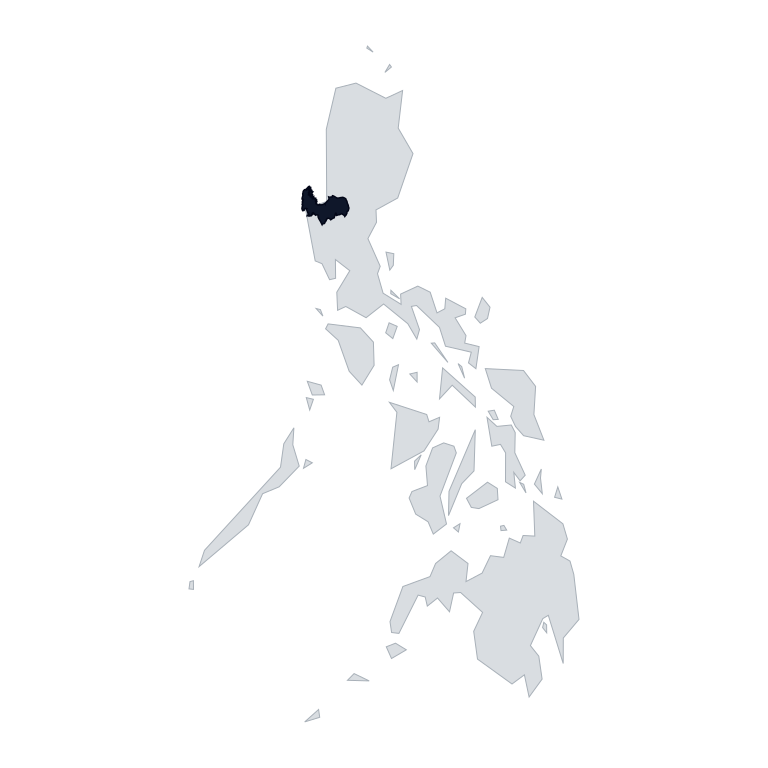 location of Pangasinan, Dagupan, Philippines
{"feature_id": "2640588B43628149657030", "entity_name": "Pangasinan", "entity_type": "district", "adm_level": 2, "iso_a3": "PHL", "parent_name": "Philippines", "parent_adm1": "Dagupan", "projection": "natural_earth1", "projection_center": [119.981, 16.031], "detail": "fine", "context": "in_parent", "style": "filled", "palette": "ink", "viewbox_px": 768, "rotation_deg": 0, "n_neighbors": 0, "source": "geoboundaries", "source_scale": "gbopen_adm2", "svg_char_len": 9353}
<svg xmlns="http://www.w3.org/2000/svg" viewBox="0 0 768 768"><path d="M356.0,83.1L385.8,98.3L402.6,90.5L398.2,128.1L413.0,153.6L397.7,198.0L376.0,209.9L376.5,222.3L367.9,238.6L380.2,266.3L377.5,273.7L383.1,293.2L401.1,304.4L400.6,294.1L417.8,286.1L430.2,292.2L437.0,312.9L444.8,308.8L445.7,298.2L465.8,308.8L465.4,314.2L455.1,317.8L466.0,335.6L464.7,343.1L479.1,346.6L475.9,368.7L468.5,362.9L471.3,352.2L445.5,346.2L439.5,327.4L416.5,305.5L411.4,306.4L419.5,329.6L416.8,339.1L407.8,323.7L383.6,304.0L366.1,317.7L345.8,306.5L337.6,310.3L336.8,292.2L349.8,270.7L335.4,259.5L335.6,278.3L329.6,279.7L322.0,263.7L315.2,260.9L302.8,194.7L305.1,191.3L318.3,204.4L326.7,201.5L326.3,129.3L335.9,88.2L356.0,83.1ZM533.5,501.2L562.9,523.8L567.4,539.1L560.8,555.9L570.0,561.1L573.8,574.4L579.0,619.4L563.3,638.0L563.2,663.5L548.3,615.3L542.8,618.6L530.4,645.6L538.8,656.2L542.1,679.1L529.1,697.0L524.4,674.8L512.0,684.0L477.5,659.1L473.7,631.3L482.6,612.4L460.6,592.5L453.6,593.0L449.5,611.8L437.5,598.0L427.3,606.1L425.2,597.0L418.1,595.1L398.9,633.4L391.6,632.5L390.0,621.6L402.9,586.5L430.0,576.6L435.6,563.5L451.1,550.8L468.0,563.5L466.0,581.6L482.1,573.1L490.5,555.7L503.7,557.4L509.3,538.1L520.3,543.0L523.1,535.5L534.8,536.1L533.5,501.2ZM446.5,524.0L433.3,534.1L428.1,521.8L415.7,514.1L409.1,498.0L412.0,491.5L427.5,485.6L425.9,466.0L432.6,447.9L443.7,442.9L453.9,446.2L456.3,452.9L440.0,496.1L446.5,524.0ZM523.5,370.5L535.6,386.4L533.9,414.6L543.9,440.2L523.6,435.7L515.5,426.5L510.7,416.3L513.8,406.5L491.5,388.2L485.3,368.6L523.5,370.5ZM389.4,402.3L426.7,414.5L429.0,421.8L439.6,417.3L438.1,429.1L424.0,450.9L391.0,468.8L396.9,412.3L389.4,402.3ZM248.5,524.8L199.1,566.6L204.5,550.3L280.5,467.2L283.8,443.8L293.9,427.8L292.8,444.8L299.2,466.1L279.2,486.8L262.6,493.7L248.5,524.8ZM328.1,323.9L360.4,327.9L373.4,342.1L374.1,365.3L361.9,385.1L349.2,371.3L338.2,340.3L325.6,328.8L328.1,323.9ZM496.9,426.4L511.3,425.0L515.2,432.6L514.8,452.7L525.2,475.2L520.1,480.8L513.8,472.4L515.4,488.1L505.5,481.8L505.6,452.9L500.5,444.4L491.8,446.2L487.0,417.3L496.9,426.4ZM448.5,515.6L449.0,491.3L475.3,429.7L474.0,470.9L461.7,483.7L448.5,515.6ZM498.0,499.7L478.9,508.6L471.3,507.4L466.5,498.3L487.5,482.2L497.3,488.4L498.0,499.7ZM442.6,367.9L475.2,397.0L475.4,407.1L452.2,385.2L439.5,398.9L442.6,367.9ZM487.5,318.5L480.3,323.2L474.8,317.0L482.2,297.4L490.0,307.2L487.5,318.5ZM406.3,649.8L391.5,658.5L386.3,646.8L395.5,643.2L406.3,649.8ZM307.3,381.3L321.1,385.1L324.6,394.8L312.3,395.0L307.3,381.3ZM389.1,322.8L397.2,326.4L392.8,338.6L385.7,332.8L389.1,322.8ZM354.1,673.6L369.2,680.9L347.5,680.3L354.1,673.6ZM542.3,493.7L534.4,484.1L541.3,469.0L540.5,478.1L542.3,493.7ZM398.5,364.7L393.3,390.5L389.6,379.8L392.7,367.2L398.5,364.7ZM318.6,709.5L319.7,717.3L304.7,721.9L318.6,709.5ZM393.8,253.7L393.3,265.3L389.8,270.1L386.0,252.1L393.8,253.7ZM421.2,454.8L414.7,469.7L414.6,461.1L421.2,454.8ZM313.4,399.3L309.7,410.0L306.3,397.6L313.4,399.3ZM498.2,419.4L493.2,419.7L488.2,411.2L494.3,410.2L498.2,419.4ZM417.1,372.3L417.1,382.0L409.8,374.0L417.1,372.3ZM561.9,499.1L554.6,497.3L557.8,486.9L561.9,499.1ZM434.7,342.9L447.9,362.4L431.3,343.2L434.7,342.9ZM312.3,462.8L303.5,468.3L305.9,459.5L312.3,462.8ZM460.0,523.7L458.4,532.0L453.5,527.8L460.0,523.7ZM461.7,366.6L464.6,378.2L458.1,363.6L461.7,366.6ZM193.5,589.4L189.0,588.9L190.0,581.6L193.4,580.7L193.5,589.4ZM506.7,530.1L501.0,530.6L500.5,526.2L503.9,525.4L506.7,530.1ZM546.7,632.8L542.6,627.6L543.8,622.3L546.6,624.9L546.7,632.8ZM320.4,309.6L322.9,316.1L316.1,308.5L320.4,309.6ZM523.7,484.3L526.0,492.9L519.7,482.4L523.7,484.3ZM391.4,67.0L384.9,72.4L389.6,64.5L391.4,67.0ZM399.6,298.8L390.8,293.7L390.9,290.3L399.6,298.8ZM367.5,46.1L373.1,52.1L366.8,48.1L367.5,46.1Z" fill="#d9dde1" stroke="#a8b0b8" stroke-width="1"/><path d="M332.5,195.7L332.2,196.4L332.3,196.9L329.1,197.2L328.7,197.0L329.0,198.6L328.8,199.3L328.2,200.3L327.1,201.4L326.9,201.5L326.5,202.2L325.3,203.1L325.2,203.8L325.1,203.6L325.1,203.4L323.1,204.4L321.2,204.9L320.3,204.8L319.7,204.6L319.6,204.4L319.0,204.6L318.7,205.0L317.6,204.9L316.5,204.1L316.4,203.7L316.1,203.8L315.8,203.6L315.9,202.9L316.2,202.7L316.4,203.2L316.5,203.0L316.2,202.6L316.2,202.4L315.9,202.4L315.7,202.2L315.5,201.2L315.7,200.8L316.0,201.0L316.1,200.9L316.1,200.7L316.1,200.8L315.9,200.3L315.5,200.1L315.4,199.8L315.6,200.0L315.8,199.8L315.8,200.0L316.0,200.0L316.2,200.3L316.4,199.8L316.0,199.8L316.0,199.5L315.4,199.0L315.4,198.8L315.1,199.0L314.8,199.0L314.7,198.7L314.9,198.4L314.5,198.5L314.0,198.4L314.0,198.2L313.8,198.3L313.9,197.9L313.8,197.7L313.7,197.6L313.8,197.7L313.7,198.0L313.5,197.9L313.3,198.0L313.6,197.7L313.7,197.8L313.7,197.5L313.5,197.8L313.5,197.7L313.1,197.8L313.1,197.6L313.1,198.5L312.7,198.6L312.8,198.7L312.4,198.7L312.4,198.2L312.0,197.7L312.2,197.8L312.0,197.5L311.8,197.5L311.6,197.2L311.2,197.2L311.1,196.8L310.7,196.7L311.1,196.2L311.0,195.9L310.4,195.8L310.4,196.2L310.2,196.3L310.1,195.5L309.6,195.5L309.2,195.2L309.0,194.8L308.9,195.1L308.6,195.0L308.8,194.7L308.4,194.3L308.8,193.7L308.7,193.3L308.4,192.5L309.0,191.2L309.0,190.8L308.9,190.5L309.1,189.7L309.1,189.4L309.0,189.7L308.8,189.3L308.6,189.3L308.9,189.1L308.9,188.6L308.7,188.5L308.3,188.8L307.9,188.2L307.7,188.1L307.5,188.3L307.2,188.4L307.2,188.1L306.1,189.3L306.1,189.9L305.4,189.5L304.5,189.7L303.5,190.8L303.0,192.1L303.1,192.8L302.7,193.7L302.8,194.6L302.8,194.9L303.2,195.4L302.9,195.7L302.6,196.4L302.4,197.2L302.2,197.5L302.3,198.1L302.0,198.7L302.0,198.9L302.7,198.9L302.7,199.8L302.9,200.0L302.9,200.5L303.1,200.4L302.8,201.2L302.7,201.3L302.5,201.1L302.4,201.4L302.3,201.9L302.7,202.7L302.4,202.9L302.5,203.4L302.1,204.3L302.2,204.8L302.7,205.0L302.8,205.6L302.4,206.2L302.2,206.9L302.4,207.3L301.9,208.0L301.9,208.4L302.2,209.3L302.4,209.6L302.5,209.8L302.3,209.9L302.7,210.7L302.8,210.7L302.8,210.3L303.2,209.9L303.6,210.1L303.8,210.4L304.1,210.4L304.3,208.9L304.7,208.6L305.1,208.7L306.1,208.4L306.3,208.8L306.5,208.8L306.4,208.9L306.5,209.5L307.0,210.5L307.2,211.2L307.6,211.8L307.6,212.5L307.9,213.0L308.1,213.0L308.1,213.4L308.3,213.4L308.1,213.6L308.5,214.3L308.1,214.9L307.2,215.4L307.2,215.5L307.3,215.4L308.0,215.8L308.6,215.7L308.9,215.4L309.0,215.8L309.4,215.5L309.6,215.9L310.0,215.6L310.2,215.8L310.5,215.7L310.8,215.9L311.2,215.8L311.5,215.3L311.8,215.2L312.0,215.0L311.9,214.5L312.1,214.4L312.1,214.2L312.5,214.2L312.4,214.0L312.2,213.9L312.2,213.6L312.6,213.3L312.6,212.8L313.4,212.6L313.5,212.7L313.5,213.1L313.9,213.4L313.8,213.7L314.1,213.9L314.3,213.8L314.4,214.1L314.6,214.3L314.6,214.2L314.8,214.2L315.0,214.6L315.0,214.4L315.4,214.5L315.6,214.6L316.0,214.7L316.0,215.0L316.4,214.8L316.6,214.9L316.8,214.8L317.8,214.9L318.0,215.3L318.1,216.7L318.3,217.6L319.1,219.2L320.5,221.5L322.1,224.7L322.6,223.7L322.8,223.6L323.3,223.5L323.5,223.7L323.8,223.5L324.4,223.5L324.6,223.3L324.6,222.9L325.1,222.2L325.1,221.8L325.4,221.6L325.4,221.3L325.7,221.0L325.7,220.8L326.0,220.8L326.0,220.7L326.3,220.3L326.2,220.0L326.4,219.3L326.9,219.1L327.1,218.6L327.3,218.7L327.8,218.2L328.2,218.2L328.9,218.5L328.8,218.4L329.1,218.3L329.9,218.9L330.7,219.8L333.0,218.2L334.1,217.9L334.3,217.5L334.5,216.5L335.1,215.3L335.0,215.1L335.2,214.7L335.2,214.2L335.6,213.2L336.2,213.3L336.6,215.4L338.5,214.8L339.2,214.6L339.3,214.7L339.7,214.7L339.8,214.5L340.2,214.4L341.2,213.7L342.0,213.7L342.0,214.1L343.7,214.9L343.7,215.1L344.2,215.3L344.8,216.5L345.5,215.5L345.8,215.3L345.7,214.7L346.0,214.3L346.4,214.4L346.6,213.6L346.8,213.5L347.0,212.9L346.8,212.6L346.8,212.1L347.2,211.4L347.5,211.4L348.2,210.8L348.9,208.3L348.8,207.5L348.3,206.2L348.3,205.4L347.3,203.1L346.9,201.1L346.4,200.5L345.7,198.7L344.1,197.8L342.8,197.3L339.9,197.7L339.3,198.0L337.3,198.0L337.2,198.2L334.3,196.4L332.8,195.7L332.5,195.7ZM311.5,190.2L311.1,190.3L310.7,190.2L310.5,190.5L310.6,190.8L310.5,191.3L310.1,191.1L309.6,191.1L309.6,191.4L309.4,191.5L309.5,191.9L309.1,192.2L308.9,192.1L308.7,192.2L308.6,192.6L308.8,193.2L309.3,192.7L309.5,192.9L309.4,193.2L309.6,193.3L309.7,193.1L309.9,193.3L310.2,193.9L309.8,194.1L310.3,194.2L311.0,194.8L311.1,195.3L311.4,195.5L311.2,195.5L311.5,195.8L311.5,196.1L311.8,196.4L311.7,196.1L312.1,195.8L312.4,195.8L312.6,195.3L312.7,194.8L312.1,194.4L311.8,193.6L312.4,192.4L312.8,191.9L312.2,191.8L312.0,191.4L311.8,191.5L311.8,191.2L311.9,190.7L311.5,190.5L311.5,190.2ZM309.3,186.6L309.0,186.8L308.6,186.6L308.4,186.8L308.2,187.6L308.4,188.0L308.3,188.5L308.5,188.3L309.0,188.3L309.1,188.5L309.2,188.9L309.4,188.7L309.3,188.8L309.7,188.7L309.9,189.1L310.4,189.3L310.5,189.1L310.3,188.9L310.5,188.8L310.4,188.0L310.4,187.6L310.1,187.8L310.0,187.4L309.6,187.2L309.3,186.7L309.3,186.6ZM310.5,189.4L310.0,189.5L309.9,189.7L309.8,190.1L310.0,190.1L310.4,189.6L310.5,189.4ZM316.6,200.9L316.4,201.1L316.4,201.6L316.9,201.5L316.9,201.1L316.6,200.9ZM309.7,190.3L309.6,190.6L310.0,190.8L309.9,190.6L309.7,190.3ZM313.3,197.2L313.1,197.4L313.3,197.4L313.3,197.2ZM310.5,187.5L310.3,187.4L310.4,187.6L310.5,187.5ZM312.0,196.7L311.8,196.7L311.7,196.8L311.8,196.9L312.0,196.7ZM311.5,189.5L311.4,189.7L311.5,189.9L311.5,189.7L311.5,189.5ZM313.4,197.5L313.5,197.6L313.4,197.5ZM313.5,197.2L313.4,196.9L313.4,197.0L313.5,197.2ZM313.3,197.6L313.1,197.5L313.3,197.6ZM308.5,192.8L308.5,192.6L308.5,192.8ZM313.6,196.7L313.5,196.8L313.6,196.7ZM313.4,196.8L313.4,196.5L313.4,196.8ZM312.9,191.6L313.0,191.5L312.9,191.6Z" fill="#0f172a" stroke="#020617" stroke-width="1.5"/></svg>